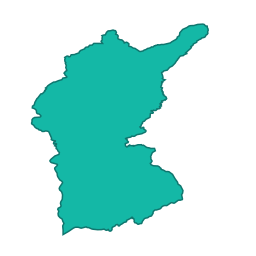 outline of Port-Berge (Boriziny-Vaovao), Sofia, Madagascar, rotated 261°
{"feature_id": "10022922B55197674782137", "entity_name": "Port-Berge (Boriziny-Vaovao)", "entity_type": "district", "adm_level": 2, "iso_a3": "MDG", "parent_name": "Madagascar", "parent_adm1": "Sofia", "projection": "equal_earth", "projection_center": [47.778, -15.801], "detail": "fine", "context": "isolated", "style": "filled", "palette": "teal", "viewbox_px": 256, "rotation_deg": 261, "n_neighbors": 0, "source": "geoboundaries", "source_scale": "gbopen_adm2", "svg_char_len": 5856}
<svg xmlns="http://www.w3.org/2000/svg" viewBox="0 0 256 256"><g transform="rotate(261 128 128)"><path d="M216.2,222.2L216.7,220.5L218.3,219.5L218.9,218.2L219.4,213.0L218.9,209.0L219.3,206.1L219.2,204.2L218.1,202.1L216.8,197.4L214.0,194.1L211.2,193.2L210.0,190.8L209.2,190.7L208.1,189.5L206.3,184.7L205.4,183.1L204.9,176.3L205.3,173.9L205.1,172.3L205.6,170.2L205.2,169.3L205.3,168.3L205.0,168.0L205.1,166.9L204.1,165.4L204.4,163.7L203.8,162.9L203.5,161.0L203.5,159.7L202.7,158.1L202.4,156.1L201.7,154.7L201.6,151.9L202.1,151.1L205.6,147.3L206.0,145.8L207.9,143.6L208.5,141.7L209.0,141.5L210.9,142.1L212.4,140.9L213.0,139.8L212.6,137.6L213.9,137.4L216.0,135.7L216.3,134.3L217.4,132.4L217.8,132.1L219.0,132.1L219.6,132.5L220.8,132.6L221.8,131.9L222.6,130.5L224.2,131.5L226.0,130.9L226.4,130.2L226.3,129.7L227.1,128.6L226.8,125.6L227.0,123.5L225.9,121.8L223.6,120.2L223.6,118.2L223.3,116.7L222.6,117.1L220.7,116.4L219.7,116.4L219.0,116.2L217.9,115.0L215.5,116.1L216.9,107.5L215.5,105.6L215.7,103.0L214.2,101.2L214.4,99.2L213.9,98.2L213.0,97.6L211.9,93.0L211.5,92.8L211.0,91.9L209.9,91.5L209.2,87.6L208.9,86.7L209.2,83.5L208.9,82.9L207.8,82.2L207.5,81.6L207.7,80.5L208.4,80.0L208.6,79.0L207.6,76.5L206.5,76.9L205.7,76.3L203.9,76.1L202.5,76.8L202.0,76.2L199.2,76.8L197.5,76.0L194.6,76.6L194.1,76.3L193.9,75.3L192.2,73.4L191.3,74.0L190.3,74.1L188.4,75.5L187.8,75.5L187.5,74.7L187.5,71.5L186.1,70.3L185.6,66.6L184.8,63.4L185.0,61.7L183.2,57.2L182.2,55.3L181.1,54.2L180.4,52.8L179.5,53.6L178.1,51.7L177.8,52.0L177.6,51.9L175.3,48.8L175.3,47.3L175.0,46.9L171.8,43.6L171.3,42.7L168.0,40.1L165.5,39.0L164.5,37.1L162.8,36.6L161.8,38.5L160.7,39.6L159.7,40.2L157.5,40.1L156.7,40.4L156.3,40.8L155.6,42.5L154.0,43.8L153.3,43.8L152.8,43.4L152.5,42.4L153.0,37.4L152.3,35.6L151.2,34.5L149.0,34.1L147.9,33.5L146.9,33.7L145.5,35.3L143.6,36.1L141.9,37.6L141.1,39.2L140.2,39.6L139.2,41.9L138.0,42.7L137.7,44.5L138.0,46.3L137.2,48.5L136.6,49.2L130.8,50.7L129.8,50.9L128.6,50.4L127.8,51.3L126.6,54.2L126.2,54.1L125.7,52.6L124.3,52.0L123.7,52.4L124.0,54.3L123.5,54.9L122.9,54.7L122.2,53.1L121.9,52.8L121.0,54.3L118.9,53.8L118.0,54.8L116.3,55.2L114.5,56.4L112.7,55.6L111.8,51.4L109.2,47.1L108.3,46.1L107.7,45.7L106.4,46.3L105.7,47.1L103.8,51.3L103.2,52.4L102.7,52.6L102.0,52.2L100.1,49.5L99.2,49.2L97.3,49.7L94.5,50.9L92.0,50.8L90.9,51.0L87.4,52.5L85.9,54.2L85.0,54.7L84.1,54.8L80.2,51.2L79.0,50.6L77.5,50.8L75.8,52.2L74.7,52.6L72.2,52.9L67.8,51.9L65.6,50.1L64.2,49.5L61.5,49.7L60.5,48.9L59.7,46.5L58.7,45.9L56.7,46.6L54.3,45.5L52.2,45.5L50.1,46.8L48.4,48.7L46.1,49.0L43.8,49.8L41.5,48.2L37.1,47.9L32.9,47.2L35.3,53.4L37.7,58.5L38.2,60.4L38.1,61.2L37.8,63.2L36.6,65.6L36.4,66.4L36.9,71.3L36.1,72.0L35.7,73.8L34.1,76.1L33.5,77.6L32.3,82.1L31.8,85.8L31.9,88.5L30.4,90.4L30.4,91.9L30.9,92.4L30.9,92.7L29.5,93.2L29.1,93.7L28.9,94.8L29.5,95.8L30.1,96.3L31.8,96.6L32.4,97.1L33.4,100.1L34.3,101.0L34.4,102.3L34.1,102.8L33.0,103.1L32.7,103.6L32.7,104.2L33.7,105.4L34.2,107.1L35.4,109.4L35.5,111.4L35.8,111.9L37.0,112.2L38.2,116.0L39.3,118.0L39.0,118.4L38.3,117.8L38.0,117.9L37.9,118.9L37.5,119.5L35.5,119.7L34.6,119.4L33.3,120.0L32.9,121.3L31.5,122.6L31.3,123.5L31.7,125.0L31.5,126.2L31.8,126.7L33.5,127.6L35.9,130.0L36.2,131.0L36.3,133.5L37.2,135.0L37.4,137.2L37.7,137.7L39.2,138.8L39.5,139.3L40.9,139.6L41.8,140.2L42.8,141.8L42.6,143.3L43.1,146.9L43.5,147.8L44.8,149.0L45.6,150.8L45.7,152.1L45.3,154.2L47.4,158.7L47.4,159.7L46.7,161.1L46.6,162.2L48.7,166.2L48.8,167.3L48.5,168.0L48.8,170.4L49.3,170.7L53.7,170.5L55.1,171.7L57.6,172.5L62.6,170.9L64.8,168.6L66.8,168.4L70.8,166.4L75.3,164.7L78.4,161.6L78.8,160.3L79.0,158.6L80.8,156.5L81.8,154.5L82.3,154.1L82.9,154.3L83.2,154.1L83.6,153.6L84.8,152.8L85.8,151.5L86.7,147.2L88.1,145.0L89.6,144.5L90.1,145.4L91.6,146.6L93.9,145.7L95.0,146.0L96.0,145.8L99.5,147.9L100.2,148.8L101.2,151.4L103.7,151.0L104.3,147.0L104.8,146.5L105.9,143.4L108.6,140.6L108.6,139.3L109.4,138.7L109.5,137.9L109.9,135.3L109.4,131.6L109.1,130.9L109.3,130.4L109.8,130.6L110.0,128.3L110.4,127.5L110.3,126.9L110.9,126.9L110.3,125.3L109.6,124.8L109.5,123.8L110.6,122.8L112.9,122.8L113.1,123.1L113.6,125.8L114.3,126.2L115.6,125.2L117.0,125.3L117.6,124.1L118.0,124.0L118.4,125.6L118.6,129.4L119.4,130.5L118.9,132.2L118.9,133.3L120.0,135.6L120.2,140.9L120.8,142.6L121.1,144.1L121.7,145.0L122.3,145.3L122.9,145.2L124.4,143.4L125.5,143.7L126.2,143.5L126.3,142.9L125.9,142.2L126.0,140.5L127.2,140.0L127.6,141.0L129.4,141.8L130.3,143.0L131.3,143.1L132.0,144.1L132.2,145.3L133.8,147.2L135.1,151.4L138.8,152.4L139.0,153.1L138.7,154.6L139.0,155.3L139.6,155.3L140.6,154.7L141.5,152.9L141.5,153.9L141.1,154.6L141.6,156.2L141.1,156.9L141.0,158.3L141.7,159.3L142.3,159.5L142.1,160.2L142.3,160.6L142.1,161.7L142.7,163.0L142.8,163.2L144.0,162.4L144.6,163.0L144.5,164.2L145.6,163.9L145.6,164.6L145.8,164.6L145.8,164.1L146.6,163.5L146.8,164.0L147.2,163.8L147.6,164.4L147.7,165.3L148.1,165.8L148.5,165.2L149.0,165.6L149.4,165.5L149.5,167.6L150.1,168.4L149.8,169.3L150.3,169.5L150.5,170.4L151.1,170.8L152.9,170.3L154.4,168.6L155.4,168.6L155.6,167.9L156.5,168.1L157.2,167.7L157.5,168.2L158.1,168.3L159.2,167.3L159.9,167.7L160.7,167.1L162.2,168.3L162.6,168.0L162.6,167.3L163.3,166.8L165.1,167.7L165.4,168.1L166.6,168.1L167.2,168.9L167.6,168.6L167.8,169.2L168.4,168.8L168.6,169.8L169.8,172.1L170.5,170.5L171.6,169.7L172.1,170.4L173.9,170.4L177.3,169.8L177.7,170.3L178.0,171.4L178.8,172.3L179.0,175.8L181.4,178.6L182.3,181.5L184.8,184.8L186.6,186.3L187.5,187.5L188.2,187.8L188.6,188.7L189.5,189.3L190.9,190.9L190.9,194.1L191.7,195.1L192.4,198.4L192.5,197.6L193.3,196.8L196.9,202.5L197.9,203.2L198.7,202.9L199.1,204.3L199.8,205.3L200.8,205.7L201.9,209.2L203.3,209.8L203.6,211.1L204.2,212.2L204.5,213.9L205.3,214.8L205.6,217.6L206.0,218.5L207.6,219.7L208.0,220.8L209.0,221.7L210.6,221.7L212.0,222.5L213.5,222.5L215.0,222.0L216.2,222.2Z" fill="#14b8a6" stroke="#0f766e" stroke-width="1.5"/></g></svg>